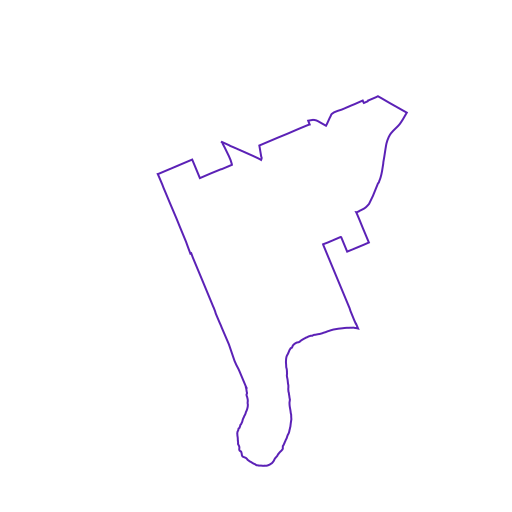 the district of Victoria Park, Western Australia, Australia, rotated 202°
{"feature_id": "25037944B59054376052464", "entity_name": "Victoria Park", "entity_type": "district", "adm_level": 2, "iso_a3": "AUS", "parent_name": "Australia", "parent_adm1": "Western Australia", "projection": "albers", "projection_center": [115.893, -31.976], "detail": "fine", "context": "isolated", "style": "outline", "palette": "violet", "viewbox_px": 512, "rotation_deg": 202, "n_neighbors": 0, "source": "geoboundaries", "source_scale": "gbopen_adm2", "svg_char_len": 5940}
<svg xmlns="http://www.w3.org/2000/svg" viewBox="0 0 512 512"><g transform="rotate(202 256 256)"><path d="M216.0,130.2L215.4,129.4L215.0,128.8L213.8,126.7L213.3,126.1L212.9,125.3L212.9,125.1L212.9,124.0L212.7,123.6L212.6,123.4L212.3,122.9L211.6,122.2L211.3,121.8L210.8,121.1L210.3,120.4L209.7,119.4L209.1,117.9L209.1,117.7L208.9,117.1L208.6,116.3L207.8,115.0L207.2,113.1L206.9,111.2L206.8,110.1L206.8,108.6L206.9,107.4L206.8,106.9L206.7,106.2L206.7,105.0L206.8,104.0L206.9,103.7L206.9,101.6L207.0,101.0L207.0,100.8L207.0,100.6L207.0,100.4L207.0,99.2L206.9,98.8L206.8,98.0L206.8,97.8L206.7,97.3L206.7,97.0L206.7,96.3L206.8,95.6L206.8,94.9L206.8,94.5L206.9,94.2L207.1,93.9L207.2,93.5L207.1,92.8L207.0,92.3L207.0,91.6L206.9,90.7L207.0,90.3L207.3,89.9L207.5,89.5L207.5,89.1L207.4,88.9L207.4,88.7L207.2,87.8L207.3,86.3L207.3,86.0L206.9,84.4L206.7,84.1L205.9,82.4L205.1,81.1L204.4,79.7L203.8,78.3L203.6,78.1L203.6,77.9L202.8,76.5L202.4,75.6L202.4,75.3L202.1,74.8L201.8,74.5L201.6,74.4L201.2,74.1L200.2,73.1L199.9,72.6L199.6,72.0L199.2,70.7L199.1,70.4L198.6,69.7L198.2,69.4L197.8,69.3L197.0,69.1L196.6,69.1L196.4,68.9L196.2,68.7L195.9,68.3L195.1,67.2L194.5,66.1L193.8,65.4L193.4,65.1L193.0,65.0L192.5,65.0L192.1,65.0L191.3,65.0L190.7,65.0L190.1,65.0L189.4,64.9L188.2,64.4L187.6,64.0L187.5,63.9L186.3,63.6L184.7,63.2L183.3,63.1L181.8,62.8L181.1,62.7L180.7,62.6L179.9,62.6L179.6,62.6L178.9,62.6L177.8,62.3L177.2,62.2L177.0,62.3L176.8,62.3L175.5,62.7L174.9,62.7L173.7,63.2L173.0,63.5L171.2,64.0L169.7,64.6L169.5,64.8L169.3,64.8L167.7,65.5L166.5,66.3L166.3,66.7L165.3,67.5L164.9,68.1L164.5,68.8L164.0,69.3L163.9,69.5L163.5,70.2L162.9,72.2L162.8,72.7L162.8,72.9L162.6,75.3L162.0,77.0L161.4,78.7L161.4,79.0L161.3,79.9L161.3,80.2L161.2,80.7L161.0,80.9L160.9,81.6L160.2,83.6L160.0,84.0L159.6,84.8L159.1,86.3L159.0,86.5L159.0,86.9L159.0,87.5L159.7,89.1L159.8,89.8L159.9,90.0L159.6,91.2L159.6,92.3L159.6,93.0L159.5,93.5L159.6,93.8L159.5,95.1L159.5,95.3L159.5,96.8L159.4,97.6L159.3,98.3L159.5,100.9L159.5,101.7L159.5,102.4L159.4,102.7L159.3,104.0L159.3,104.6L159.5,106.1L159.7,107.1L159.8,107.6L159.8,108.0L160.1,109.6L160.2,110.6L161.2,114.3L161.9,117.2L161.9,117.4L162.4,118.6L162.7,119.2L163.0,119.8L163.3,120.5L163.9,121.9L164.3,122.5L165.0,123.5L165.2,123.9L166.1,125.5L168.1,128.7L168.4,129.2L169.1,130.5L169.6,131.6L169.7,131.8L170.1,132.8L170.4,134.1L170.6,134.9L170.8,135.6L171.1,136.0L172.1,137.6L172.7,138.7L173.6,140.1L173.8,140.5L174.0,140.9L174.2,141.3L174.4,141.5L175.0,142.3L175.5,143.1L175.6,143.5L176.0,144.2L176.1,144.4L176.3,144.8L176.8,146.4L176.9,146.6L177.6,148.3L178.5,149.6L180.3,153.0L180.8,153.8L181.6,155.0L181.9,155.4L182.7,156.9L183.1,158.4L183.7,159.7L184.0,160.3L184.0,160.5L185.0,162.4L185.1,162.6L186.3,164.2L186.9,165.5L187.3,166.4L188.1,168.0L188.2,168.3L188.4,168.6L188.7,169.4L188.8,169.7L189.4,171.5L189.5,171.7L189.7,172.6L189.8,173.0L190.0,174.2L190.0,175.5L189.9,176.0L189.7,177.6L189.8,177.9L189.7,178.2L189.7,181.2L189.5,182.4L189.4,182.5L189.4,182.8L189.3,183.5L189.2,183.6L188.6,184.2L188.4,184.4L188.3,185.3L188.3,186.7L188.3,186.9L188.0,187.6L187.9,187.8L187.8,188.1L187.4,188.9L187.2,189.3L186.7,189.8L186.5,190.2L185.7,191.1L185.0,191.5L184.8,191.6L184.1,192.1L183.4,192.8L183.4,193.0L183.1,193.6L182.9,193.9L182.4,194.8L181.2,196.4L180.0,197.9L179.4,198.5L179.3,198.8L179.0,199.1L178.3,199.7L177.3,200.9L176.9,201.3L175.9,202.1L175.2,202.7L174.0,203.1L173.9,203.2L173.5,203.8L173.2,204.1L172.8,204.4L172.7,204.6L172.4,204.8L171.9,205.0L171.1,205.4L170.9,205.6L168.9,206.9L167.8,207.5L166.5,208.5L166.0,208.9L165.6,209.2L164.8,210.0L163.7,210.9L163.5,211.0L162.6,211.8L161.4,213.0L160.5,213.7L159.0,215.0L156.7,216.8L152.3,219.5L149.1,221.2L146.8,222.5L144.6,223.6L144.0,223.8L143.8,223.9L143.1,224.2L142.6,224.4L142.0,224.7L138.4,226.2L137.4,226.3L136.8,226.5L136.3,226.6L136.1,226.7L134.2,227.0L137.9,230.7L138.1,230.6L141.0,233.4L147.8,240.4L149.7,242.7L150.8,243.8L186.6,280.1L186.9,280.5L187.3,280.8L197.9,291.6L198.2,292.0L194.6,295.3L184.9,305.1L184.5,305.4L184.0,305.3L173.1,294.2L160.2,306.9L156.4,310.8L167.4,321.9L173.5,328.2L177.9,332.6L178.7,333.4L179.5,334.1L179.1,334.2L178.3,335.0L177.4,335.8L177.2,336.1L177.1,336.5L176.2,337.4L173.6,340.4L172.4,342.3L171.5,344.4L170.7,346.6L170.1,355.6L170.1,362.5L170.1,369.1L169.7,370.0L169.7,371.0L169.8,371.5L169.8,373.5L169.9,375.3L170.3,378.5L170.9,381.8L172.6,389.2L173.1,390.8L174.2,395.9L176.1,404.0L176.9,407.6L177.2,409.3L177.5,412.4L177.5,413.9L177.5,416.0L177.2,418.7L176.8,420.4L175.7,423.5L174.5,426.3L173.7,428.1L172.9,430.0L172.2,432.0L171.7,434.1L171.0,437.7L169.9,445.4L189.2,447.9L198.8,449.3L202.8,449.8L204.3,448.1L210.1,442.3L210.3,442.2L210.4,441.3L213.3,438.3L214.0,438.8L215.3,440.1L221.6,433.6L224.0,431.3L231.3,423.9L231.9,423.4L234.1,421.6L234.8,421.0L237.4,418.5L238.9,416.2L239.0,415.9L239.2,415.4L239.2,415.0L239.2,413.7L239.4,411.5L239.7,404.8L239.9,403.0L245.3,403.7L248.9,404.2L250.8,404.3L252.2,404.1L253.2,403.9L254.3,403.5L258.3,401.0L255.5,398.0L256.2,397.5L257.4,396.4L262.9,391.0L265.4,388.5L272.5,381.3L280.2,373.8L285.5,368.5L294.3,359.7L289.8,352.4L288.4,350.1L287.9,349.6L287.7,349.4L287.4,348.7L287.3,348.2L287.3,347.5L287.3,347.0L287.8,347.1L291.0,347.4L296.6,347.7L318.0,348.4L321.5,348.4L321.9,348.6L331.2,349.0L329.3,348.3L328.8,347.5L325.5,344.7L318.5,338.4L317.1,337.0L315.6,335.5L313.7,333.2L312.9,332.2L312.5,331.5L320.3,323.7L321.2,323.1L328.8,315.7L337.2,307.2L348.4,318.6L351.3,321.5L359.7,313.1L376.9,295.9L377.8,295.2L376.1,293.6L369.7,287.2L367.3,284.6L363.6,280.9L356.2,273.4L343.5,260.7L337.6,254.6L332.3,249.2L327.2,244.0L326.3,243.1L323.0,239.4L317.7,233.6L317.1,234.3L314.0,230.9L298.4,215.1L281.0,197.4L276.5,192.8L276.0,192.4L273.1,189.3L272.2,188.1L271.4,187.2L269.7,185.5L265.0,180.8L262.5,178.4L261.0,176.8L248.0,163.9L237.3,151.5L236.5,150.6L233.4,147.6L232.1,146.5L230.2,144.9L228.3,143.1L216.6,131.3L215.6,130.4L216.0,130.2Z" fill="none" stroke="#5b21b6" stroke-width="2"/></g></svg>